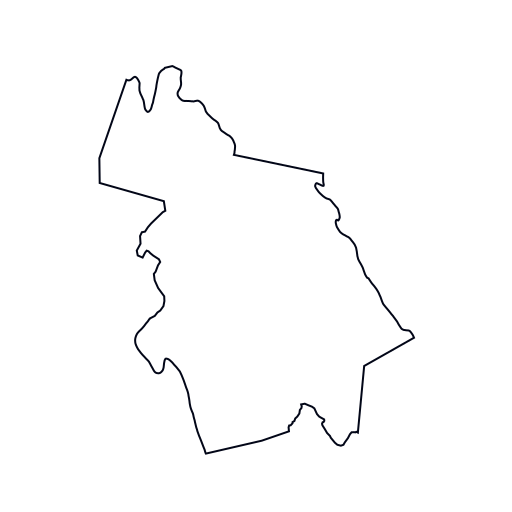 the district of La Retraite, Laborie, Saint Lucia, rotated 169°
{"feature_id": "8701671B80994766223390", "entity_name": "La Retraite", "entity_type": "district", "adm_level": 2, "iso_a3": "LCA", "parent_name": "Saint Lucia", "parent_adm1": "Laborie", "projection": "equal_earth", "projection_center": [-60.966, 13.759], "detail": "fine", "context": "isolated", "style": "outline", "palette": "ink", "viewbox_px": 512, "rotation_deg": 169, "n_neighbors": 0, "source": "geoboundaries", "source_scale": "gbopen_adm2", "svg_char_len": 6108}
<svg xmlns="http://www.w3.org/2000/svg" viewBox="0 0 512 512"><g transform="rotate(169 256 256)"><path d="M116.5,145.6L116.9,147.5L117.3,148.9L118.4,151.4L119.0,152.4L119.5,153.2L120.5,153.8L121.6,154.1L122.7,154.4L124.0,154.9L125.0,155.2L125.9,155.8L126.8,156.6L127.1,157.0L127.6,158.1L129.0,161.5L130.0,164.7L131.0,166.8L131.7,168.3L132.4,169.7L132.9,170.9L133.7,172.3L134.4,173.5L134.9,174.6L135.7,176.1L136.4,177.4L137.5,179.4L138.3,180.8L139.1,182.3L139.9,183.8L140.4,185.0L140.7,186.4L141.0,188.0L141.6,192.0L142.2,194.4L142.5,196.0L143.1,197.9L143.5,199.0L144.2,200.8L145.7,203.9L146.6,205.5L147.3,206.7L148.0,208.2L148.5,209.4L149.2,211.1L149.8,212.6L151.1,213.5L151.9,215.5L152.4,217.1L152.6,218.3L152.9,220.3L153.1,221.6L153.2,222.5L153.4,223.9L153.7,225.1L154.0,226.1L154.5,227.8L155.0,229.2L155.5,230.6L156.0,232.3L156.3,233.5L156.4,235.4L156.5,236.7L156.4,237.7L156.3,239.8L156.2,241.1L156.2,242.8L156.2,245.1L157.0,248.5L157.5,249.5L158.0,250.7L159.3,253.1L160.1,254.8L160.9,256.0L161.8,257.0L163.1,257.9L164.2,258.9L165.0,259.6L166.1,260.4L167.2,261.5L167.9,262.3L168.9,263.6L169.5,265.0L169.8,265.7L170.3,267.0L170.7,268.1L171.0,268.9L171.3,270.6L171.3,271.1L171.4,273.2L171.3,273.9L171.1,274.7L170.7,275.6L170.4,275.9L170.1,276.1L169.6,276.1L169.1,275.7L168.6,275.2L168.0,275.5L167.4,276.2L166.8,277.2L166.5,277.7L166.3,278.8L166.2,280.1L166.2,281.7L166.4,283.6L166.5,285.7L166.7,286.7L167.0,287.4L167.6,288.5L168.3,289.6L168.8,290.5L169.4,291.7L169.8,292.3L170.6,293.8L171.1,294.8L171.8,296.0L172.3,296.8L172.8,297.4L173.8,298.0L175.9,299.1L176.5,299.7L177.0,300.1L177.4,300.5L178.4,301.6L178.7,301.9L179.6,303.1L181.2,305.3L182.1,306.7L182.6,307.7L183.5,309.7L183.9,310.6L184.2,311.2L184.4,312.0L184.6,313.0L184.6,313.5L184.0,314.8L183.4,315.6L182.6,315.9L181.9,315.6L180.8,314.7L179.7,314.0L178.7,313.2L177.6,312.4L176.7,312.0L176.2,312.1L175.9,312.9L175.9,315.7L175.7,317.2L175.5,318.4L175.1,320.6L174.3,324.2L258.4,359.5L257.8,360.6L257.5,361.2L257.0,363.1L256.6,364.0L256.0,366.1L255.6,367.7L255.5,368.7L255.6,370.3L255.8,371.2L256.1,372.6L256.3,373.8L256.6,374.6L257.0,375.7L257.5,376.7L258.1,377.6L259.1,379.0L260.1,379.8L260.4,380.0L261.8,381.3L263.4,383.0L265.1,384.7L265.7,385.3L266.2,386.1L266.5,386.5L266.8,387.5L267.1,388.2L267.2,389.0L267.6,392.5L267.9,393.8L268.4,394.6L269.1,395.5L270.0,396.6L271.1,397.6L272.4,399.1L273.1,400.0L274.0,401.3L274.9,402.6L275.6,403.6L276.4,404.7L276.9,405.8L277.5,407.1L277.7,407.8L277.9,409.6L278.0,410.5L278.3,412.1L278.7,413.6L279.3,414.8L279.9,415.9L280.9,417.3L281.5,418.1L282.6,419.1L283.5,419.6L284.4,419.7L286.5,419.7L287.8,419.6L288.9,420.0L289.6,420.1L290.8,420.5L291.8,420.8L292.6,421.0L295.3,421.6L296.2,421.7L297.3,422.1L298.2,422.5L299.2,423.3L300.3,424.8L300.9,425.6L301.3,426.5L301.8,427.6L302.1,428.6L302.1,429.3L302.0,430.5L301.6,431.6L301.1,432.3L299.9,433.7L299.3,434.3L298.4,435.5L297.7,436.7L297.2,437.7L296.8,438.7L296.5,440.2L296.3,442.4L296.2,443.6L296.0,444.8L295.8,445.8L295.4,446.6L295.1,447.4L294.6,448.7L294.2,450.0L294.0,451.4L294.1,452.3L294.9,453.2L296.3,454.2L297.8,455.3L299.2,456.3L300.7,457.6L301.9,458.4L309.6,458.1L310.4,457.3L311.5,456.9L312.4,456.5L313.8,455.8L315.5,454.4L316.2,453.8L316.7,453.0L317.0,452.4L318.3,449.6L319.2,447.5L320.3,444.8L321.1,442.7L321.8,440.5L322.6,438.5L323.5,436.3L324.5,434.0L325.7,431.5L326.7,429.2L327.9,426.2L329.3,423.9L329.9,422.5L330.7,421.0L331.2,420.2L331.9,419.5L332.5,419.0L333.0,418.6L333.7,418.2L334.5,418.1L335.0,418.2L335.7,419.0L336.7,420.9L336.9,422.3L336.9,424.1L336.7,428.5L336.8,430.7L337.1,431.7L337.4,433.3L337.7,434.5L338.2,436.4L338.5,437.7L338.6,438.7L338.7,439.5L338.8,440.8L338.5,442.6L338.3,443.9L338.1,444.6L337.3,447.8L337.3,448.2L337.4,448.9L337.6,449.7L337.9,450.8L338.1,451.4L338.6,452.7L339.0,453.5L339.6,454.3L340.4,454.9L340.9,455.0L341.4,454.9L342.1,454.7L343.3,454.0L344.7,453.2L345.6,452.8L346.7,452.6L347.5,452.7L348.4,453.0L349.2,453.4L349.6,453.7L391.1,381.9L395.5,357.5L336.0,327.4L336.4,317.7L339.2,316.8L343.0,314.3L352.8,307.9L356.6,304.9L360.3,301.1L363.5,301.1L366.0,297.7L367.0,290.1L372.0,284.1L372.0,279.1L367.6,276.1L364.2,280.5L362.3,282.1L360.6,281.1L359.2,278.9L356.8,276.0L351.9,271.3L351.2,268.4L354.0,265.5L357.5,259.8L359.7,257.9L360.1,251.5L358.2,243.3L356.1,238.8L353.8,234.0L354.5,229.3L356.4,224.5L360.4,220.7L363.5,219.4L366.8,216.5L372.2,214.9L372.5,214.4L373.0,214.2L374.1,213.0L375.5,211.8L376.7,210.9L377.9,209.8L379.2,208.6L381.6,206.7L383.5,205.4L384.8,204.6L386.7,203.2L387.9,202.0L389.1,200.3L390.1,198.4L390.7,196.6L391.0,194.4L391.0,192.9L390.7,191.0L390.2,189.0L389.5,186.9L387.6,183.0L386.3,180.7L384.7,178.2L383.5,176.2L382.2,174.3L381.3,172.8L380.5,170.4L379.7,167.7L379.2,166.3L378.1,162.8L377.5,161.6L376.8,160.7L375.7,160.0L374.8,159.7L373.8,159.4L372.3,159.6L371.1,160.2L370.6,160.6L369.6,161.4L368.9,162.3L368.0,164.1L367.4,166.0L366.7,168.3L366.1,169.8L365.6,171.0L364.9,171.9L364.4,172.4L363.7,172.4L362.9,172.1L361.7,171.4L360.6,170.3L359.7,169.1L358.8,167.9L357.9,166.4L357.3,165.2L355.4,162.2L352.8,157.2L352.2,154.9L351.8,153.3L351.1,149.8L350.7,147.6L350.4,145.5L350.1,143.5L349.9,141.9L349.6,139.8L349.2,137.8L348.9,135.4L348.8,133.3L348.9,131.5L348.9,130.4L348.9,128.7L349.0,126.5L349.2,123.9L349.2,122.6L349.2,120.5L349.0,118.5L348.6,116.2L348.0,113.5L347.9,112.1L347.9,110.3L347.8,108.3L347.6,106.4L347.6,104.6L347.5,102.6L347.4,100.3L347.3,98.8L347.0,96.7L347.0,95.6L346.2,90.4L345.7,88.0L345.4,86.4L345.0,84.3L344.4,80.9L344.1,79.2L343.8,77.6L343.4,75.6L343.3,74.0L343.1,72.3L342.9,71.6L285.6,73.6L257.1,77.6L256.7,81.6L255.8,83.3L254.3,83.2L252.1,84.8L251.8,86.0L249.8,86.7L248.5,89.0L246.1,90.5L243.5,93.1L242.3,96.5L240.4,98.1L239.8,99.7L240.0,101.7L236.3,101.7L233.4,99.7L232.0,98.8L229.8,97.4L227.8,95.3L226.3,89.2L224.7,86.4L223.5,85.3L220.3,82.6L220.4,81.2L221.4,80.1L222.3,80.1L223.2,78.7L223.1,77.1L221.5,73.0L220.0,68.7L217.7,65.2L217.3,63.4L214.2,57.7L212.2,55.2L208.9,53.6L206.2,54.0L204.4,56.1L201.9,58.4L200.5,59.7L197.8,63.1L195.8,64.7L193.2,64.3L192.1,63.9L191.1,64.3L189.7,63.2L170.8,127.4L116.5,145.6Z" fill="none" stroke="#020617" stroke-width="2"/></g></svg>